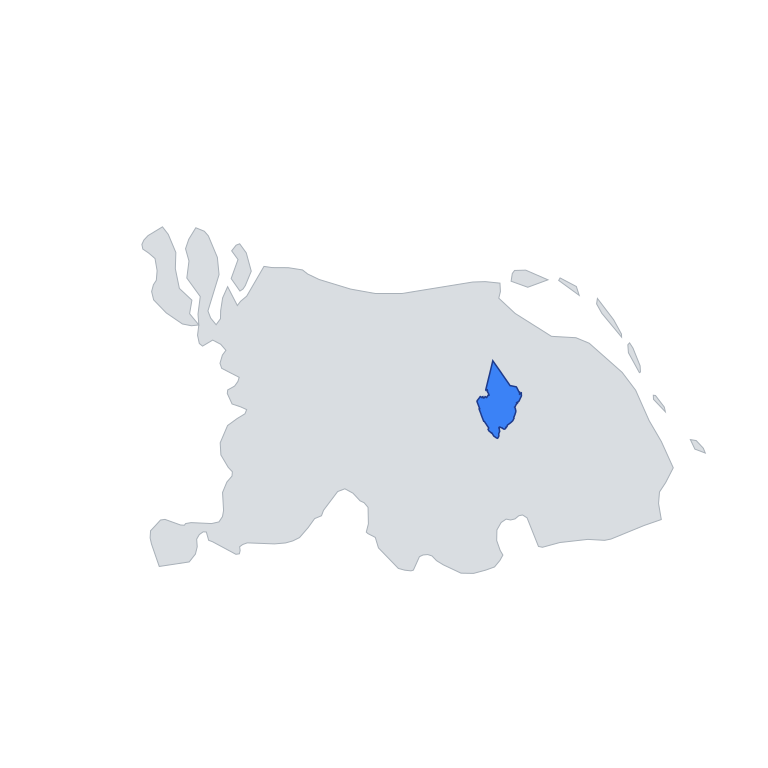 Noordoostpolder, Flevoland, Netherlands shown in context, rotated 69°
{"feature_id": "6326949B24285536392101", "entity_name": "Noordoostpolder", "entity_type": "district", "adm_level": 2, "iso_a3": "NLD", "parent_name": "Netherlands", "parent_adm1": "Flevoland", "projection": "albers", "projection_center": [5.775, 52.726], "detail": "fine", "context": "in_parent", "style": "filled", "palette": "blue", "viewbox_px": 768, "rotation_deg": 69, "n_neighbors": 0, "source": "geoboundaries", "source_scale": "gbopen_adm2", "svg_char_len": 5700}
<svg xmlns="http://www.w3.org/2000/svg" viewBox="0 0 768 768"><g transform="rotate(69 384 384)"><path d="M473.8,659.2L461.5,658.8L450.0,658.4L443.9,657.5L437.5,654.6L437.4,654.6L434.5,648.6L430.9,641.4L431.9,637.0L442.7,624.5L444.3,621.0L443.2,619.2L444.3,613.7L452.5,595.0L453.6,587.5L449.9,582.3L444.6,579.1L427.4,573.6L419.2,565.8L415.5,558.9L411.6,557.0L406.0,559.3L391.8,561.7L380.2,558.0L366.7,544.9L363.6,533.4L362.0,524.5L358.7,521.4L354.1,525.9L348.2,533.0L336.7,533.7L333.5,532.0L333.0,528.1L332.4,524.2L329.3,519.5L325.9,516.8L311.2,529.9L305.9,529.7L299.1,524.5L295.9,519.5L288.4,522.2L281.6,528.2L283.6,539.8L280.0,541.9L271.7,540.6L262.5,535.7L252.1,532.6L236.5,524.2L214.4,530.1L199.3,522.0L186.6,520.8L178.9,514.4L170.7,503.7L177.0,497.0L182.8,494.9L206.1,494.2L222.8,498.8L252.7,522.2L260.3,522.2L268.5,519.5L264.5,513.3L257.0,510.2L245.8,503.8L237.1,495.1L258.2,492.8L255.4,488.3L252.8,480.7L231.2,453.9L235.2,446.8L241.1,431.7L248.3,419.2L253.9,415.9L263.2,407.1L283.4,381.2L296.3,359.9L306.0,334.6L320.6,264.6L324.7,252.8L331.4,239.6L339.4,242.2L345.0,246.1L365.1,236.3L399.5,210.6L409.6,188.2L419.5,177.8L458.5,157.5L480.0,151.3L513.2,149.6L537.1,145.7L565.9,144.0L577.0,156.4L583.5,165.5L593.9,170.5L609.9,173.7L609.3,191.8L610.1,227.7L609.0,234.1L602.1,249.4L595.0,276.7L593.2,294.6L591.0,298.0L560.2,298.4L555.9,301.6L555.3,305.4L556.9,310.0L556.3,314.6L553.9,318.4L555.3,324.3L560.7,330.9L570.5,334.9L581.0,335.2L586.3,334.3L590.3,339.1L594.4,346.4L594.2,355.7L592.9,368.3L588.2,379.9L574.0,393.5L567.7,398.3L561.7,400.8L558.9,404.3L557.6,408.8L557.9,412.8L568.3,423.3L568.1,425.8L565.2,431.4L561.3,436.7L535.0,447.9L524.1,447.1L517.9,452.6L515.9,453.6L509.0,448.7L493.5,443.1L487.7,445.1L484.5,448.2L474.8,452.1L467.8,458.1L467.8,465.8L480.2,485.7L484.6,489.6L484.8,497.0L490.9,506.3L497.1,517.9L497.8,525.4L497.1,532.9L494.0,543.6L483.3,568.6L483.2,573.4L484.2,577.1L487.9,578.0L490.7,579.9L489.9,583.3L469.7,600.7L467.1,603.7L458.5,602.9L457.2,605.8L458.4,610.4L461.7,614.5L469.0,616.7L475.2,621.0L480.3,629.6L473.8,659.2ZM262.5,535.7L260.6,542.9L255.7,550.7L239.6,561.8L222.9,568.9L214.4,567.8L208.7,563.7L205.6,559.4L196.9,555.2L184.8,552.8L177.2,556.9L171.6,560.8L166.9,560.0L163.5,556.5L160.9,551.1L157.9,534.5L167.0,531.8L186.6,531.2L201.6,537.5L221.4,540.8L236.9,533.3L248.7,540.3L262.5,535.7ZM231.1,467.5L242.4,478.2L244.8,481.6L245.6,485.2L230.8,488.9L215.5,475.7L205.1,478.5L201.4,472.3L201.4,468.5L212.2,465.6L231.1,467.5ZM345.2,215.1L333.6,228.5L326.8,224.6L324.8,221.4L328.5,210.9L345.5,193.6L345.2,215.1ZM396.1,155.3L385.4,156.8L380.6,154.1L406.3,146.6L422.5,144.4L425.4,145.4L396.1,155.3ZM464.9,141.5L442.4,144.6L434.8,142.3L433.6,140.0L439.7,138.7L458.8,138.4L464.7,140.3L464.9,141.5ZM371.2,170.0L349.9,183.8L348.1,181.6L361.9,169.5L371.2,170.0ZM556.2,117.1L545.7,117.9L548.7,112.8L558.4,108.9L563.6,108.8L556.2,117.1ZM510.8,131.3L494.9,137.9L491.0,136.6L492.0,134.7L506.0,130.6L510.8,131.3Z" fill="#d9dde1" stroke="#a8b0b8" stroke-width="1"/><path d="M471.2,300.3L472.1,300.1L473.2,299.3L474.6,298.4L474.9,298.1L475.4,297.4L475.2,297.2L475.1,296.9L474.7,296.5L474.2,295.8L473.3,295.2L471.7,294.8L471.5,294.7L471.4,294.6L471.2,294.4L471.1,294.2L470.7,293.9L470.4,293.7L470.0,293.2L469.7,293.1L469.5,292.9L469.3,293.0L469.1,293.0L469.0,292.9L468.5,292.7L468.1,292.7L467.1,292.4L466.6,292.2L466.4,292.2L466.4,292.5L465.9,292.4L465.7,292.2L465.6,291.7L465.7,291.2L466.4,290.6L467.0,289.9L467.2,289.6L467.5,289.3L467.8,289.4L468.7,288.5L469.0,288.4L469.3,287.8L469.3,286.9L468.6,285.8L468.1,285.8L468.2,285.2L467.7,284.3L466.7,283.7L466.5,283.2L466.2,282.1L465.9,280.8L465.3,279.0L464.8,277.8L464.4,276.9L463.4,275.8L462.5,274.8L461.8,274.9L461.3,274.6L461.1,274.1L460.0,273.3L459.8,272.9L459.4,272.6L458.9,272.3L458.1,271.6L457.2,270.9L456.3,270.6L455.9,270.4L455.2,270.4L454.5,270.3L454.4,270.2L453.4,270.2L452.4,270.4L452.3,270.0L452.3,269.8L452.1,269.6L450.9,268.4L450.6,268.1L450.1,267.2L449.6,266.2L449.0,266.8L448.9,266.6L448.8,266.2L448.7,265.3L448.5,264.6L448.4,264.1L448.0,263.7L447.5,263.2L446.6,262.3L446.0,261.7L445.6,261.2L444.9,260.5L444.3,259.9L443.5,259.7L442.1,259.2L441.5,259.0L441.5,259.3L441.6,259.5L441.6,259.9L441.7,260.2L441.8,260.4L441.8,260.5L441.9,260.8L442.0,260.9L442.1,261.0L441.9,261.1L441.8,260.9L441.7,260.8L441.6,260.7L441.4,260.6L441.2,260.5L440.8,260.4L440.7,260.4L440.3,260.3L440.4,260.2L440.2,260.2L440.0,260.3L440.0,260.5L439.9,260.7L439.9,260.8L439.1,260.9L439.1,260.6L439.0,260.9L437.1,261.1L436.0,261.2L435.2,261.3L434.1,261.5L433.7,262.1L431.5,265.5L430.7,266.9L428.9,267.3L417.5,270.1L415.3,270.6L401.3,274.1L413.4,282.4L415.2,283.7L425.9,291.1L426.4,291.1L426.4,290.7L426.4,290.0L426.4,289.7L427.5,289.8L427.8,289.9L427.9,290.0L428.1,290.3L428.3,290.2L428.5,290.1L428.9,290.1L429.5,290.0L429.9,289.9L430.0,289.9L430.6,289.9L431.1,289.9L431.7,289.9L432.0,289.9L432.0,290.1L432.0,290.4L432.0,290.5L431.9,290.5L431.8,290.8L432.2,291.3L432.6,291.9L433.4,293.0L432.0,294.1L432.7,295.1L432.8,295.3L432.7,295.4L432.7,295.5L432.7,296.1L432.3,296.2L431.2,296.2L431.2,296.5L431.5,297.1L431.8,297.5L430.5,298.3L430.2,298.6L430.4,299.0L430.8,299.5L431.2,300.1L431.9,301.3L432.6,302.4L432.7,302.5L432.8,302.7L432.8,302.8L433.0,302.9L433.0,303.0L433.3,303.1L433.5,303.3L433.8,303.4L434.0,303.4L434.0,303.5L434.3,303.5L434.5,303.5L436.7,303.5L436.9,303.5L437.4,303.5L438.1,303.5L438.9,303.5L441.4,303.5L441.4,304.2L443.4,304.2L444.7,304.2L446.4,304.2L447.6,304.3L451.5,304.3L454.5,304.3L454.9,303.7L456.9,303.3L458.0,303.0L459.1,302.8L460.8,302.4L462.4,302.0L463.0,302.3L463.6,303.1L464.4,303.0L465.6,302.8L466.5,302.2L468.3,301.3L468.2,300.9L470.1,300.5L471.2,300.3Z" fill="#3b82f6" stroke="#1e3a8a" stroke-width="1.5"/></g></svg>